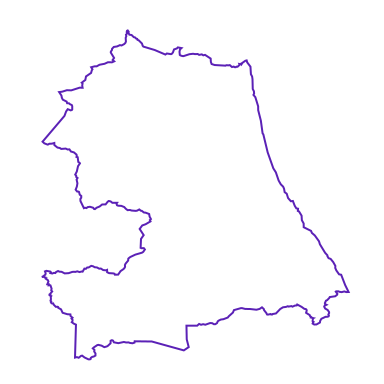 outline of Gbokle, Bas-Sassandra, Ivory Coast, rotated 268°
{"feature_id": "98640826B37905317988050", "entity_name": "Gbokle", "entity_type": "district", "adm_level": 2, "iso_a3": "CIV", "parent_name": "Ivory Coast", "parent_adm1": "Bas-Sassandra", "projection": "equal_earth", "projection_center": [-6.009, 5.243], "detail": "fine", "context": "isolated", "style": "outline", "palette": "violet", "viewbox_px": 384, "rotation_deg": 268, "n_neighbors": 0, "source": "geoboundaries", "source_scale": "gbopen_adm2", "svg_char_len": 5808}
<svg xmlns="http://www.w3.org/2000/svg" viewBox="0 0 384 384"><g transform="rotate(268 192 192)"><path d="M179.6,83.4L180.0,84.4L179.6,86.0L180.5,87.1L180.8,89.5L179.7,92.7L178.4,93.6L178.3,94.4L179.6,96.1L180.7,99.1L182.7,101.8L182.6,105.2L185.2,107.4L185.9,108.4L185.8,109.1L185.4,110.4L184.0,112.0L183.8,116.7L183.0,116.1L181.4,116.6L180.9,117.7L180.6,120.9L179.3,123.8L177.6,125.2L176.1,127.0L176.2,129.4L175.6,130.9L175.1,135.2L175.3,136.5L176.4,138.7L175.1,140.2L174.9,141.2L173.2,143.2L173.0,144.8L171.5,148.4L168.8,148.8L166.4,150.0L165.4,148.9L164.1,149.5L161.4,144.5L160.3,141.1L156.9,138.4L150.6,142.2L146.9,139.4L138.0,138.7L137.6,139.6L137.6,141.9L136.2,142.9L133.9,141.2L133.1,139.9L131.4,133.2L129.2,128.1L128.3,126.8L127.6,126.0L125.7,125.8L122.7,123.1L121.3,122.4L119.6,122.5L118.6,122.0L117.4,120.9L115.4,117.8L112.0,115.3L112.1,112.0L113.0,111.7L113.4,110.5L113.8,106.3L114.8,104.4L117.1,104.4L116.7,103.4L117.1,100.5L118.7,98.2L118.6,96.6L119.9,94.4L120.2,92.1L121.2,90.6L121.7,88.7L120.2,86.1L120.2,84.6L118.9,83.2L119.2,81.8L116.2,79.9L116.4,78.9L115.9,76.8L116.7,74.6L116.2,72.5L116.4,71.3L116.3,69.5L115.2,65.9L115.1,61.9L116.8,58.9L117.0,56.7L117.7,55.4L116.8,53.4L115.8,52.6L116.0,51.1L115.4,49.5L115.9,47.7L116.7,48.2L117.4,47.7L118.3,43.7L117.8,42.3L116.0,42.9L114.6,42.6L113.1,40.6L112.3,39.0L112.4,41.0L111.8,41.7L111.7,42.6L111.0,42.7L110.9,43.2L110.4,42.9L108.9,44.9L107.6,45.4L104.9,44.2L104.8,45.6L103.7,45.4L103.8,46.9L103.6,47.3L100.3,48.3L98.6,47.9L97.5,48.8L95.5,47.0L94.9,47.0L94.7,46.1L94.2,45.9L93.8,46.0L92.9,47.7L92.1,47.2L89.8,47.3L88.3,46.8L87.6,47.5L86.9,47.1L86.0,47.5L85.6,47.9L85.5,49.4L84.3,49.8L82.0,51.9L82.0,53.7L81.7,54.2L80.9,54.3L79.3,57.0L75.8,58.5L74.2,63.2L73.9,66.2L72.3,66.3L70.5,68.2L69.7,67.2L68.3,68.2L67.0,68.0L66.1,67.3L64.6,69.2L63.5,71.4L30.6,69.3L31.0,71.2L30.3,73.0L32.1,75.4L32.3,76.5L30.4,78.8L28.4,82.6L28.3,84.1L28.7,84.9L29.8,85.1L30.7,86.5L31.0,88.1L31.9,89.8L34.0,89.9L36.0,88.7L37.5,89.0L39.2,87.4L40.2,88.6L42.3,92.0L42.5,93.1L41.6,96.3L40.0,98.9L40.6,101.4L41.0,102.3L43.6,105.3L46.2,105.5L46.7,106.8L46.2,107.9L44.5,108.7L43.5,113.1L44.5,118.7L43.9,120.9L43.9,123.3L43.3,124.8L42.9,127.3L43.5,129.3L44.8,129.5L44.0,146.6L34.0,178.3L37.1,183.3L44.9,181.6L58.6,181.8L58.2,192.5L59.9,194.5L59.0,196.4L59.5,198.5L58.9,200.7L60.4,205.5L60.2,207.6L59.1,209.3L59.1,210.7L60.1,212.4L61.8,213.2L62.5,214.1L63.5,216.3L63.8,219.0L65.3,223.4L66.5,224.4L70.1,228.7L72.5,229.8L74.2,236.7L74.2,237.9L73.3,241.0L73.0,246.2L72.1,252.3L72.8,255.5L74.3,257.9L72.5,259.7L71.4,259.9L68.4,262.1L67.0,262.7L66.8,263.6L67.3,266.3L66.8,266.8L66.8,267.9L67.2,268.2L67.7,271.7L72.0,276.1L73.6,278.9L73.9,282.0L74.5,283.8L74.1,284.5L74.5,287.4L73.9,288.4L74.9,290.9L75.0,292.7L75.9,293.2L73.4,297.5L71.3,300.2L71.0,301.7L70.4,302.3L69.5,302.5L67.3,301.8L64.8,305.4L63.9,305.6L63.0,306.7L62.4,306.4L61.7,308.9L61.5,308.5L58.8,308.0L58.2,308.2L57.9,308.9L56.3,308.0L55.3,309.5L55.3,311.8L57.1,315.3L58.8,315.6L60.8,316.9L62.6,321.1L62.6,323.2L63.0,324.2L63.7,324.5L64.8,324.0L66.2,324.8L67.2,324.8L69.3,323.5L70.9,321.0L72.8,320.1L73.8,320.6L74.6,322.4L75.3,321.1L76.3,320.9L78.7,322.1L79.2,323.3L81.3,325.5L82.2,326.0L82.8,331.5L84.3,333.5L85.2,333.7L87.4,332.2L87.7,332.6L87.6,334.9L87.1,335.9L86.7,338.1L87.3,340.7L86.6,342.7L86.6,345.0L93.7,341.8L104.1,338.2L104.6,336.1L108.6,333.5L111.1,332.5L113.1,332.7L117.0,330.7L120.3,328.2L121.1,326.2L123.1,325.1L124.0,325.1L126.6,322.9L135.3,318.0L138.3,317.2L144.3,313.2L146.9,310.4L149.0,309.6L152.9,302.4L156.6,302.5L160.0,300.8L164.5,300.7L168.8,298.3L169.4,297.1L171.6,297.4L172.0,295.7L174.6,294.2L179.5,292.5L179.3,290.5L182.6,287.8L187.0,286.6L188.6,284.6L192.1,284.1L194.1,283.3L196.6,281.0L200.4,279.0L208.7,276.5L212.8,274.1L229.0,269.0L247.1,265.3L248.1,264.6L260.9,263.3L271.5,261.0L275.3,261.1L284.6,258.6L286.9,256.8L288.2,257.5L290.5,257.4L292.8,256.3L302.7,256.4L305.4,256.1L307.6,255.0L315.2,254.8L319.6,251.7L321.6,251.2L321.3,249.9L319.4,247.0L317.9,245.9L318.6,245.6L318.1,244.7L318.3,243.8L317.5,244.1L315.6,241.9L315.7,240.9L315.2,240.1L315.3,238.8L315.9,238.1L315.5,236.3L317.5,234.2L317.3,233.0L317.5,230.7L317.1,229.9L318.1,219.1L319.2,216.1L321.3,215.4L324.7,215.3L328.6,209.8L328.2,208.0L329.2,206.6L328.8,203.9L329.7,202.5L329.7,199.8L330.1,197.9L329.8,194.2L328.1,188.3L328.2,187.1L328.9,185.2L329.4,184.6L332.6,184.4L334.9,185.0L336.2,186.5L337.0,182.9L336.0,181.9L335.1,179.0L332.1,177.8L330.7,176.5L330.5,175.8L331.3,171.7L330.3,170.2L335.2,159.7L339.0,148.5L339.9,147.8L342.1,147.2L345.4,144.1L346.0,142.8L346.9,142.6L347.3,141.5L348.5,140.4L348.8,139.2L351.0,137.1L351.4,134.9L353.3,134.1L354.5,134.3L355.7,133.4L355.4,132.7L354.1,132.3L352.7,132.7L351.5,131.5L350.0,131.8L348.4,131.1L344.6,131.2L343.3,130.6L342.2,129.4L340.9,126.7L341.3,125.1L340.1,122.2L339.7,118.9L337.9,117.1L336.8,117.0L335.1,115.8L334.2,115.7L328.7,118.8L326.7,117.3L325.3,118.8L324.4,116.6L324.6,112.5L323.2,109.1L322.4,104.0L320.9,101.1L321.0,99.1L320.2,95.6L318.1,96.8L317.1,96.1L314.5,95.3L311.2,90.1L307.7,89.3L305.1,85.6L304.2,86.4L302.2,86.0L300.0,86.3L300.2,83.4L297.8,74.9L298.1,70.5L296.8,65.8L296.5,62.7L292.9,64.9L290.8,65.2L288.8,66.1L286.7,69.9L285.1,70.3L284.9,72.2L284.0,73.1L283.1,74.9L282.0,75.3L278.7,75.2L278.3,75.0L277.8,73.7L279.1,70.7L276.9,69.0L272.5,67.2L247.5,44.4L245.8,46.1L244.5,49.1L244.4,49.6L245.2,51.1L245.2,53.7L245.8,56.1L243.7,56.1L241.1,59.1L240.6,61.4L239.6,62.8L239.8,67.3L238.8,69.2L238.9,71.0L236.7,72.4L235.7,75.4L233.4,77.9L231.9,78.1L231.1,77.8L230.7,79.0L226.0,79.4L225.1,80.7L224.5,81.0L221.8,79.0L216.5,77.6L213.4,75.9L212.4,76.8L211.1,76.8L210.0,78.1L208.4,77.1L204.7,77.8L201.4,77.1L198.4,75.8L196.5,77.2L196.3,78.7L196.0,79.1L193.3,79.7L191.9,81.2L190.1,81.1L189.0,80.2L186.9,80.2L179.6,83.4Z" fill="none" stroke="#5b21b6" stroke-width="2"/></g></svg>